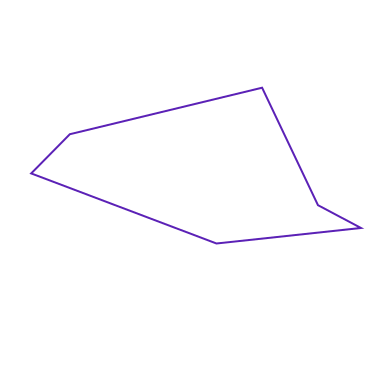 Falls Church, Virginia, United States of America (Equal Earth projection), rotated 155°
{"feature_id": "52423323B27859603435380", "entity_name": "Falls Church", "entity_type": "district", "adm_level": 2, "iso_a3": "USA", "parent_name": "United States of America", "parent_adm1": "Virginia", "projection": "equal_earth", "projection_center": [-77.175, 38.886], "detail": "fine", "context": "isolated", "style": "outline", "palette": "violet", "viewbox_px": 384, "rotation_deg": 155, "n_neighbors": 0, "source": "geoboundaries", "source_scale": "gbopen_adm2", "svg_char_len": 246}
<svg xmlns="http://www.w3.org/2000/svg" viewBox="0 0 384 384"><g transform="rotate(155 192 192)"><path d="M191.6,135.0L54.1,88.0L83.4,126.8L84.4,256.9L278.3,296.0L329.9,276.8L191.6,135.0Z" fill="none" stroke="#5b21b6" stroke-width="2"/></g></svg>